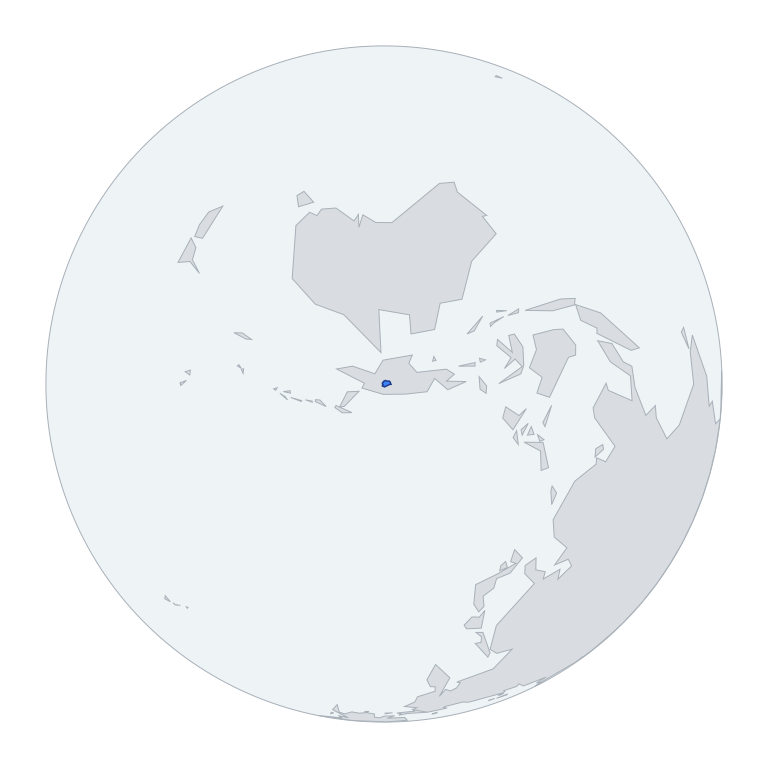 Enga on an orthographic globe, rotated 160°
{"feature_id": "PNG-1238", "entity_name": "Enga", "entity_type": "Province", "adm_level": 1, "iso_a3": "PNG", "parent_name": "Papua New Guinea", "parent_adm1": "", "projection": "orthographic", "projection_center": [143.878, -5.472], "detail": "fine", "context": "on_globe", "style": "filled", "palette": "blue", "viewbox_px": 768, "rotation_deg": 160, "n_neighbors": 0, "source": "natural_earth", "source_scale": "10m", "svg_char_len": 6647}
<svg xmlns="http://www.w3.org/2000/svg" viewBox="0 0 768 768"><g transform="rotate(160 384 384)"><circle cx="384" cy="384" r="338" fill="#eef3f6" stroke="#a8b0b8"/><path d="M575.4,452.1L575.4,454.6L574.9,454.9L575.4,452.1ZM558.9,94.9L537.5,84.5L540.3,88.1L531.7,82.6L543.7,95.5L537.6,98.8L538.3,91.0L533.7,87.4L526.4,86.9L520.0,83.2L512.9,81.2L505.9,77.2L506.9,74.2L502.4,71.9L497.5,71.8L487.5,68.6L495.3,68.8L478.6,63.6L477.1,60.0L497.0,65.6L528.7,78.6L558.9,94.9ZM662.0,259.9L659.2,252.5L663.4,257.1L662.0,259.9ZM655.8,248.1L657.2,250.6L655.7,248.5L655.8,248.1ZM653.7,246.7L655.2,247.7L653.7,247.3L653.7,246.7ZM651.0,245.8L652.3,246.0L652.3,246.3L651.0,245.8ZM646.0,242.2L644.6,241.1L645.6,240.5L646.0,242.2ZM543.7,92.1L546.8,92.4L545.9,93.6L543.7,92.1ZM513.1,81.7L514.3,83.0L510.1,81.5L513.1,81.7ZM495.5,74.3L488.4,72.1L495.8,73.7L495.5,74.3ZM484.4,70.4L467.2,66.1L468.3,68.2L455.5,60.7L474.4,66.3L483.3,67.7L480.9,68.4L484.4,70.4ZM451.2,57.8L447.2,56.7L451.6,57.3L451.2,57.8ZM262.6,68.6L262.0,68.9L265.2,67.7L266.5,67.2L287.6,60.1L286.4,60.5L281.5,62.0L267.0,67.2L254.5,72.1L264.7,68.2L282.5,61.7L290.7,59.2L283.1,61.7L286.5,60.6L289.8,59.7L290.2,59.9L299.0,57.2L338.2,50.0L343.0,51.0L331.9,53.1L356.2,52.6L359.8,56.0L362.8,54.5L376.5,54.8L375.6,53.6L378.1,53.1L412.9,56.0L418.8,58.2L437.2,60.1L438.8,59.6L435.5,57.9L455.5,60.7L468.3,68.2L464.0,68.6L474.9,73.9L463.7,74.7L459.5,78.6L441.1,77.8L439.4,81.9L443.9,83.7L444.9,91.3L431.5,102.8L422.6,85.4L438.8,71.6L430.5,75.9L426.5,72.9L419.9,73.5L414.5,77.4L417.6,79.0L378.9,79.0L354.3,91.0L370.3,92.4L375.0,98.4L361.0,118.6L310.9,145.1L316.6,157.6L313.4,165.2L300.6,168.6L304.9,157.4L296.7,152.5L301.1,146.3L282.0,149.7L287.4,141.0L269.9,148.9L270.8,156.3L285.6,155.6L268.1,167.5L276.4,181.9L271.5,198.6L237.8,227.5L212.2,236.1L209.4,241.9L202.3,235.1L188.2,246.4L197.6,280.1L195.7,290.0L175.0,308.8L175.4,301.3L156.6,283.4L149.6,307.4L163.7,327.4L168.4,351.6L156.0,344.1L151.6,323.0L145.0,316.0L149.3,295.0L148.7,264.9L136.4,271.0L139.7,259.0L136.9,235.7L120.6,244.4L93.0,278.0L85.2,309.6L77.5,324.6L78.1,280.9L86.0,251.9L81.4,255.5L86.0,233.3L80.2,236.1L83.0,230.5L95.0,208.9L108.6,188.2L123.6,168.6L140.1,150.2L157.8,132.9L176.8,117.1L196.8,102.6L217.9,89.7L239.9,78.4L262.6,68.6ZM79.8,236.8L76.3,244.4L73.0,253.2L62.1,281.2L70.2,258.7L79.8,236.8ZM168.3,630.9L174.4,634.7L173.1,635.5L168.3,630.9ZM243.6,411.0L253.4,413.0L253.2,414.6L243.6,411.0ZM233.3,405.0L244.1,406.0L231.8,408.5L233.3,405.0ZM248.4,406.4L259.5,403.9L264.2,401.6L263.6,404.9L248.4,406.4ZM226.2,404.9L189.1,403.5L175.1,399.1L177.9,393.2L200.5,395.1L226.2,404.9ZM176.8,393.1L156.1,376.7L131.7,330.7L140.3,331.1L166.6,358.7L164.8,363.7L177.3,376.5L176.8,393.1ZM229.0,364.1L227.2,379.1L206.2,377.1L197.0,374.4L190.5,355.1L194.1,345.6L201.5,346.0L233.0,314.9L243.4,323.2L233.1,336.2L241.8,349.5L229.0,364.1ZM85.4,312.6L86.9,331.1L83.1,334.7L85.4,312.6ZM247.9,293.5L233.8,306.6L247.3,288.9L247.9,293.5ZM257.2,277.0L257.0,283.8L252.7,276.9L257.2,277.0ZM207.1,250.8L199.2,252.3L200.0,247.6L210.7,243.2L207.1,250.8ZM267.7,213.3L263.8,226.3L260.9,230.7L259.1,222.5L267.7,213.3ZM334.5,50.3L342.4,49.0L342.8,49.2L341.1,49.5L334.5,50.3ZM336.5,49.7L338.9,49.1L345.8,48.3L342.6,48.8L336.5,49.7ZM504.7,583.0L511.4,587.3L502.9,596.8L489.8,605.6L474.6,606.3L504.7,583.0ZM393.3,592.4L387.9,578.9L403.7,579.8L401.3,590.9L393.3,592.4ZM514.1,576.5L521.6,566.2L519.6,551.1L524.5,565.5L536.0,568.7L515.3,587.2L514.1,576.5ZM321.4,532.9L263.4,553.5L249.1,549.7L249.4,539.2L229.8,507.2L234.2,507.9L227.2,486.8L259.6,469.4L281.7,437.0L303.6,440.7L317.8,417.9L341.5,421.8L336.4,440.3L363.4,455.7L376.1,414.6L398.0,462.8L421.3,482.6L434.2,514.5L412.6,563.0L395.2,570.8L389.4,565.2L382.8,569.7L369.0,565.8L356.4,547.5L350.1,552.1L354.0,539.8L346.0,550.2L336.5,538.6L321.4,532.9ZM493.3,471.2L498.2,473.4L507.5,483.5L499.6,480.4L493.3,471.2ZM563.4,458.9L566.7,463.6L561.2,463.3L563.4,458.9ZM574.9,454.9L568.4,454.9L575.4,452.1L574.9,454.9ZM512.8,447.7L515.6,451.1L513.8,451.8L512.8,447.7ZM510.7,446.3L512.8,442.1L513.1,446.8L510.7,446.3ZM485.6,417.0L488.0,415.1L489.4,417.2L485.6,417.0ZM268.0,414.1L281.1,403.0L288.8,402.6L268.0,414.1ZM481.2,411.3L474.5,409.8L475.0,407.4L481.2,411.3ZM481.1,405.7L480.1,402.1L485.0,410.9L481.1,405.7ZM467.8,395.9L476.3,403.3L467.0,396.5L467.8,395.9ZM463.2,396.0L457.3,392.4L457.6,391.4L463.2,396.0ZM402.1,391.4L423.4,414.3L407.4,411.5L389.1,396.7L376.7,406.7L347.5,401.5L353.6,395.0L349.1,383.7L320.3,376.6L314.5,369.1L324.3,365.3L305.9,358.2L326.0,356.8L334.6,371.9L346.1,362.0L367.1,367.1L388.2,374.5L406.1,387.7L402.1,391.4ZM327.0,388.4L330.6,388.8L327.7,392.8L327.0,388.4ZM446.1,382.6L454.6,391.0L453.8,392.7L449.7,390.9L446.1,382.6ZM410.0,385.7L428.9,376.6L433.6,377.5L421.2,389.2L410.0,385.7ZM423.9,368.1L433.1,371.2L438.2,378.7L436.4,380.2L423.9,368.1ZM286.0,371.6L285.4,375.5L280.4,372.0L286.0,371.6ZM292.4,369.7L307.9,375.3L291.1,373.0L292.4,369.7ZM248.2,353.1L252.3,362.6L265.5,357.4L255.5,365.4L264.9,381.4L262.1,387.1L252.6,369.8L250.2,387.0L244.4,386.3L240.8,371.3L246.3,353.7L252.0,346.7L276.0,345.1L248.2,353.1ZM292.1,358.3L288.2,347.2L291.2,340.3L295.5,346.3L292.1,358.3ZM277.4,320.9L268.0,308.2L258.6,312.2L278.5,296.9L284.1,311.4L277.4,320.9ZM270.8,294.2L261.9,297.7L271.7,288.7L270.8,294.2ZM260.2,293.6L260.2,285.4L266.7,286.9L260.2,293.6ZM275.3,294.8L278.5,281.2L281.0,289.5L275.3,294.8ZM259.8,267.5L272.3,281.4L254.5,274.7L258.0,249.1L265.9,249.0L259.8,267.5ZM330.4,175.6L330.8,169.4L339.1,168.9L336.5,173.2L330.4,175.6ZM366.5,164.1L341.5,166.8L321.4,170.4L325.8,173.7L317.9,183.7L313.4,173.3L330.2,163.2L344.8,162.6L350.5,154.7L363.4,150.7L366.1,140.8L372.9,137.5L374.9,146.5L366.5,164.1ZM366.7,136.8L376.1,121.3L390.1,125.7L391.2,130.0L381.0,135.0L374.2,132.3L366.7,136.8ZM382.5,119.1L376.0,116.7L376.3,95.1L379.8,91.8L387.0,109.1L381.3,107.9L378.8,113.0L382.5,119.1ZM446.5,57.2L447.2,56.7L449.4,57.7L446.5,57.2ZM377.2,52.5L381.0,51.9L383.5,52.6L377.2,52.5ZM392.9,51.1L387.4,50.6L394.4,50.7L392.9,51.1ZM374.9,49.9L385.8,50.2L373.7,50.5L374.9,49.9Z" fill="#d9dde1" stroke="#a8b0b8" stroke-width="1"/><path d="M384.5,381.1L384.6,381.3L385.0,381.7L385.2,381.8L385.3,381.9L385.5,381.9L385.6,382.0L385.7,382.3L385.8,382.4L385.8,382.5L386.0,382.6L386.2,382.8L386.0,383.0L385.9,383.3L385.7,383.4L385.1,383.7L385.0,383.8L385.4,384.6L385.4,384.8L385.3,385.2L385.3,385.3L385.2,385.4L385.0,385.6L384.6,385.8L383.8,386.1L383.4,386.3L383.5,386.6L383.2,386.7L382.7,386.7L382.2,386.8L381.9,386.9L381.7,386.9L381.4,386.7L380.9,386.4L380.3,385.8L379.9,385.6L378.2,385.0L377.6,384.2L377.5,381.3L378.3,381.6L378.9,381.7L379.2,381.6L379.9,381.5L384.5,381.1Z" fill="#3b82f6" stroke="#1e3a8a" stroke-width="1.5"/></g></svg>